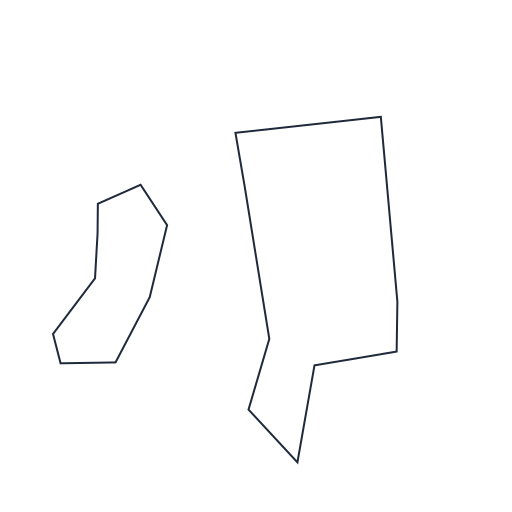 Warwick, orthographic projection, rotated 292°
{"feature_id": "BMU-5144", "entity_name": "Warwick", "entity_type": "state/province", "adm_level": 1, "iso_a3": "BMU", "parent_name": "Bermuda", "parent_adm1": "", "projection": "orthographic", "projection_center": [-64.817, 32.272], "detail": "fine", "context": "isolated", "style": "outline", "palette": "slate", "viewbox_px": 512, "rotation_deg": 292, "n_neighbors": 0, "source": "natural_earth", "source_scale": "10m", "svg_char_len": 402}
<svg xmlns="http://www.w3.org/2000/svg" viewBox="0 0 512 512"><g transform="rotate(292 256 256)"><path d="M80.2,371.7L110.8,306.6L184.1,299.4L315.5,219.9L362.5,190.8L431.8,319.6L266.6,404.2L220.1,422.2L176.5,351.2L80.2,371.7ZM251.3,162.0L178.0,172.9L104.7,165.6L83.3,115.0L107.7,97.0L175.0,115.1L217.7,100.6L245.2,89.8L278.8,122.3L251.3,162.0Z" fill="none" stroke="#1e293b" stroke-width="2"/></g></svg>